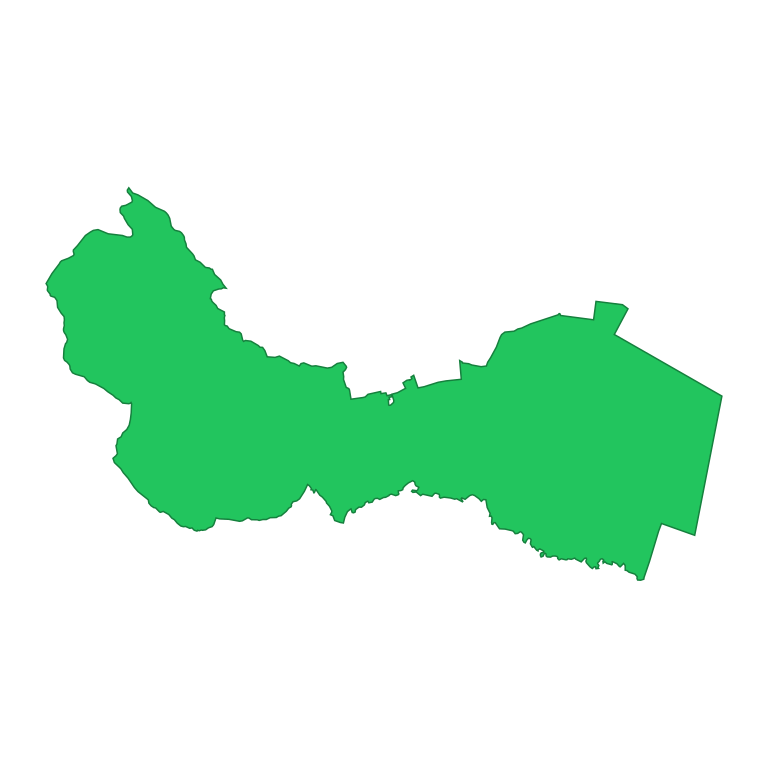 the district of Urechesti, Vrancea, Romania
{"feature_id": "2599482B13172395436586", "entity_name": "Urechesti", "entity_type": "district", "adm_level": 2, "iso_a3": "ROU", "parent_name": "Romania", "parent_adm1": "Vrancea", "projection": "albers", "projection_center": [27.067, 45.615], "detail": "fine", "context": "isolated", "style": "filled", "palette": "green", "viewbox_px": 768, "rotation_deg": 0, "n_neighbors": 0, "source": "geoboundaries", "source_scale": "gbopen_adm2", "svg_char_len": 6082}
<svg xmlns="http://www.w3.org/2000/svg" viewBox="0 0 768 768"><path d="M643.8,579.2L644.0,577.6L649.5,561.4L658.6,531.2L661.5,523.5L694.7,535.3L721.9,396.1L614.3,334.5L628.0,308.8L622.5,304.7L596.0,301.4L593.6,319.8L560.6,315.5L559.9,313.8L559.2,313.6L557.9,314.9L530.6,323.9L521.6,328.1L517.8,329.0L514.1,331.2L504.9,332.1L501.6,334.6L500.1,337.4L496.4,347.1L490.6,357.7L487.7,362.2L486.4,366.0L481.1,366.7L471.8,365.0L468.7,363.7L462.6,363.0L462.4,362.2L459.7,360.6L461.3,379.3L446.0,380.9L438.1,382.3L423.8,386.8L418.0,387.9L413.7,375.3L411.0,377.0L411.9,378.7L410.5,379.7L409.7,380.2L409.5,379.8L406.8,380.3L403.0,382.9L405.6,388.3L397.5,392.7L391.9,394.2L393.8,400.5L393.6,402.4L390.5,405.2L389.0,405.3L388.7,404.9L388.3,399.8L389.7,399.5L389.1,397.3L391.9,396.8L391.2,394.7L387.0,395.7L385.9,392.9L381.0,393.6L380.6,391.5L368.0,394.3L365.3,396.9L363.2,397.5L351.0,399.2L349.5,390.1L348.8,388.6L346.2,387.4L343.5,379.4L343.7,376.6L343.0,372.2L345.4,369.7L346.6,367.3L346.2,366.2L343.0,362.3L337.2,363.5L331.7,367.3L327.4,368.1L315.9,365.8L311.8,366.2L303.8,362.9L301.0,363.6L299.3,366.0L294.2,363.5L290.5,362.7L288.4,360.8L279.4,356.1L275.1,357.4L267.2,356.8L264.9,350.7L262.6,347.4L259.9,347.2L258.4,345.6L250.9,341.2L245.4,340.5L243.6,341.4L242.7,340.2L241.2,333.9L239.6,332.2L236.1,331.7L229.1,328.7L227.1,326.0L225.3,325.6L224.4,324.7L224.6,320.7L224.3,317.8L224.9,315.3L224.4,314.8L224.4,312.0L217.7,308.5L216.1,305.4L212.9,302.4L211.8,301.1L211.3,299.2L210.3,298.7L211.2,294.1L213.4,290.8L218.8,289.0L221.5,288.8L223.3,287.8L226.1,288.2L222.9,284.2L220.7,280.0L214.6,274.5L212.4,269.3L211.0,269.2L209.4,268.0L205.4,267.4L200.2,262.3L195.4,259.8L194.0,255.9L192.6,253.9L186.5,247.3L186.0,243.8L184.5,240.0L184.3,237.2L183.5,235.5L181.5,232.8L179.6,231.4L175.3,230.4L174.0,229.6L172.0,227.2L171.2,226.0L169.7,218.4L168.1,215.1L166.3,212.9L164.5,211.3L155.5,207.3L148.0,200.7L138.0,194.9L132.7,193.0L128.8,187.8L127.3,190.1L127.5,192.0L131.4,196.5L132.4,200.7L131.9,202.1L125.8,205.3L121.7,206.2L120.3,208.0L120.0,209.6L120.3,212.6L123.6,216.1L124.4,218.4L128.1,224.7L132.3,229.3L132.8,234.8L131.8,236.1L130.3,237.1L127.0,237.1L122.5,235.5L108.2,233.8L98.0,229.6L93.3,230.4L90.3,232.1L85.4,235.5L77.4,245.7L73.4,250.0L73.3,251.5L74.1,254.2L73.4,255.6L68.3,258.3L61.6,260.8L60.3,262.0L59.4,263.7L52.0,273.5L46.1,283.6L47.5,285.9L47.7,287.0L47.3,290.1L47.8,291.1L50.1,294.1L50.3,295.5L50.9,296.1L54.7,297.3L57.0,300.6L57.6,307.4L61.2,313.2L64.1,316.6L64.4,320.0L64.0,322.8L64.3,325.6L63.5,329.0L63.6,330.8L64.3,332.6L65.8,334.7L67.6,339.3L66.6,342.6L65.6,343.5L64.0,348.8L63.5,357.9L64.6,360.4L67.0,362.1L69.3,364.7L69.9,366.3L70.2,369.1L72.5,372.8L75.4,374.2L84.3,376.8L87.4,380.5L89.8,382.3L95.4,383.9L103.9,388.5L107.7,391.7L113.0,395.2L115.8,397.9L119.2,399.7L122.7,403.1L128.7,403.7L130.2,403.3L131.0,402.5L131.6,403.7L131.2,413.0L130.4,419.5L129.2,425.2L126.8,429.5L122.8,432.9L121.1,436.8L117.6,439.0L116.9,444.1L116.0,445.7L117.4,453.7L116.0,455.7L113.0,458.3L114.4,462.6L120.8,468.7L123.3,472.7L128.1,478.2L134.4,487.5L138.0,491.6L148.3,499.8L148.9,503.2L151.1,505.8L153.8,507.6L155.6,507.9L159.6,512.0L160.5,512.3L163.2,511.4L168.8,514.5L171.8,518.1L174.4,519.7L177.3,523.2L180.8,526.0L183.3,526.7L185.7,526.5L189.7,528.3L192.0,527.9L194.2,530.2L197.0,531.1L197.6,530.3L199.3,530.7L201.4,530.0L202.4,530.3L205.7,529.8L208.5,527.8L212.1,526.6L213.7,524.6L216.0,518.0L219.8,518.9L228.9,519.3L239.6,521.3L242.4,520.8L247.5,517.9L248.9,518.0L251.4,519.7L257.3,519.8L259.2,520.4L262.9,519.5L266.3,519.5L270.1,517.7L276.3,517.5L278.7,516.1L281.1,515.7L286.3,511.3L288.7,508.2L291.1,506.8L291.5,505.8L291.3,504.2L293.1,501.7L296.7,500.9L299.6,498.8L304.4,491.3L307.6,484.5L309.3,485.7L310.9,487.8L311.4,488.8L311.0,489.7L312.9,490.1L313.8,492.8L314.3,492.7L315.7,489.6L316.1,489.7L319.8,495.2L322.4,497.1L326.2,501.5L326.5,502.9L329.5,506.3L331.7,510.7L331.8,512.0L330.4,514.7L332.9,515.8L334.7,520.5L340.3,522.5L343.4,523.0L344.8,517.3L347.4,511.7L350.1,509.4L351.0,508.9L352.2,512.5L353.6,512.8L355.1,512.1L355.6,509.6L359.0,507.1L361.5,507.2L364.4,504.9L365.2,502.7L367.4,501.3L368.0,501.4L368.8,502.8L372.2,502.1L374.2,499.1L375.3,498.5L377.5,498.3L379.7,499.4L383.5,497.5L385.6,497.3L389.1,495.5L389.3,494.8L391.3,494.1L395.7,495.6L398.1,494.8L398.9,493.9L398.4,492.8L398.3,490.8L400.8,490.6L402.7,489.7L403.2,487.7L405.2,485.5L408.4,482.9L412.7,480.7L414.7,482.0L415.2,484.5L416.0,485.8L418.8,487.3L417.7,489.9L416.7,490.7L412.5,490.1L411.6,491.3L412.9,492.4L416.2,492.0L420.6,495.6L422.7,494.2L432.0,496.3L434.6,493.4L435.9,493.2L439.2,494.3L439.5,495.4L439.4,497.1L440.4,498.1L444.1,497.2L450.6,498.0L454.7,499.2L456.6,498.7L462.4,501.8L462.8,501.4L461.2,498.7L461.8,497.9L465.1,499.3L469.7,495.6L472.3,494.7L474.6,495.5L479.0,498.7L481.3,501.3L483.4,499.5L485.9,499.7L487.2,507.5L490.1,513.4L489.5,516.3L491.1,516.1L492.0,517.7L491.6,522.7L491.9,524.2L492.8,524.4L493.9,522.7L495.3,522.7L499.5,528.8L505.2,529.1L512.1,530.7L513.3,531.2L515.2,533.7L517.7,533.4L520.2,531.7L521.5,532.2L523.5,534.7L522.7,540.2L524.0,542.3L525.3,542.9L526.8,540.0L528.4,538.3L530.2,538.6L531.1,539.7L530.4,543.8L532.1,546.9L532.6,547.3L533.8,546.6L536.7,550.2L538.0,550.9L538.1,549.8L539.8,548.9L543.7,551.0L543.9,552.1L541.2,552.9L540.4,554.1L540.5,555.8L541.1,557.0L543.1,556.2L544.1,553.9L545.4,553.4L546.0,554.0L546.1,555.9L547.2,556.9L550.6,557.1L552.5,556.1L555.2,556.0L557.1,556.5L557.8,557.5L557.7,558.5L559.1,559.9L561.3,558.8L565.8,559.8L567.0,559.7L567.9,558.8L571.4,559.3L574.8,558.1L575.6,559.1L581.2,561.9L584.6,558.3L586.1,558.1L586.6,559.1L585.9,561.2L586.4,562.7L590.1,566.9L592.3,568.5L594.2,566.9L595.5,566.8L596.0,568.7L598.6,568.4L598.0,567.5L598.9,565.5L597.6,563.6L597.8,562.8L599.3,561.3L600.3,559.4L602.0,558.7L603.6,559.8L603.7,560.5L602.9,561.2L603.2,563.1L604.9,561.8L606.8,563.4L611.8,564.8L612.3,564.2L612.2,561.7L612.7,561.7L616.9,563.7L619.5,566.6L620.3,566.8L623.6,563.4L625.2,565.5L625.2,570.2L627.0,570.6L629.0,572.2L634.9,574.1L637.2,576.6L637.0,578.5L637.6,580.0L640.7,580.2L643.8,579.2Z" fill="#22c55e" stroke="#15803d" stroke-width="1.5"/></svg>